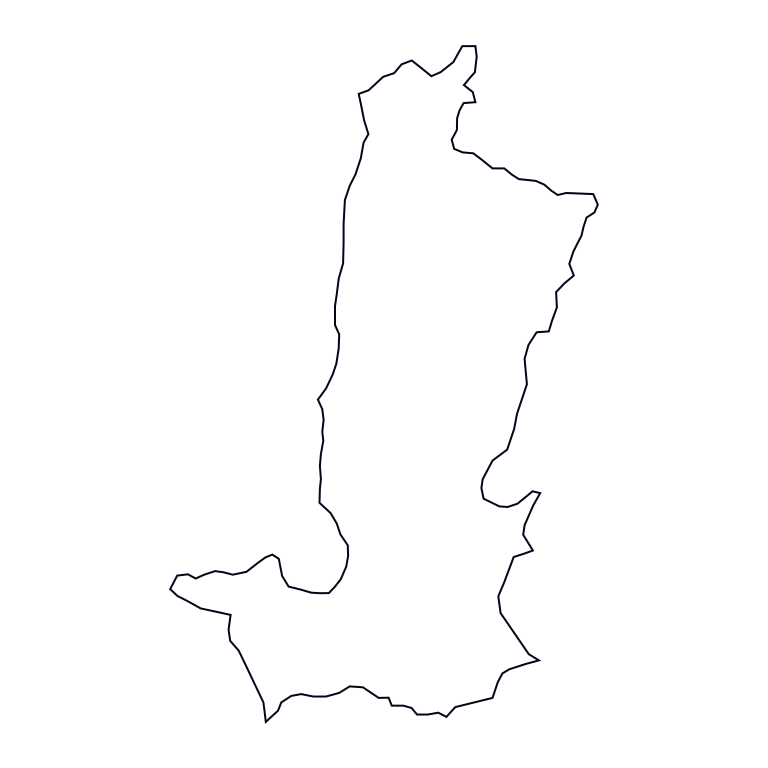 the district of Natuba, Paraíba, Brazil
{"feature_id": "56859067B58433670335003", "entity_name": "Natuba", "entity_type": "district", "adm_level": 2, "iso_a3": "BRA", "parent_name": "Brazil", "parent_adm1": "Paraíba", "projection": "robinson", "projection_center": [-35.567, -7.549], "detail": "fine", "context": "isolated", "style": "outline", "palette": "ink", "viewbox_px": 768, "rotation_deg": 0, "n_neighbors": 0, "source": "geoboundaries", "source_scale": "gbopen_adm2", "svg_char_len": 2174}
<svg xmlns="http://www.w3.org/2000/svg" viewBox="0 0 768 768"><path d="M170.2,589.1L177.5,596.0L186.6,600.6L200.6,608.4L230.6,614.9L228.6,629.7L230.2,640.9L238.7,650.6L245.4,664.5L263.4,702.4L264.5,710.9L265.8,721.9L278.0,710.7L281.3,702.4L291.3,695.9L301.2,694.1L313.1,696.5L326.1,696.5L339.2,692.9L349.7,686.4L362.9,687.3L378.7,697.9L388.6,697.7L391.8,705.7L403.5,705.7L411.6,708.0L417.0,714.5L427.7,714.5L438.3,712.7L446.4,716.9L455.3,707.1L492.5,697.9L497.8,682.2L502.4,673.4L509.5,669.2L525.6,664.0L538.9,660.4L528.8,654.2L500.6,613.1L498.3,596.3L504.3,582.1L513.7,557.0L524.0,553.7L532.9,550.5L523.2,534.8L524.6,525.2L533.2,505.5L540.2,493.1L532.6,491.3L517.5,503.7L507.6,507.0L499.4,506.4L483.6,498.7L481.4,488.0L482.7,479.2L492.5,460.6L507.2,449.6L514.2,428.8L517.0,413.9L526.9,384.3L524.6,358.8L528.5,344.9L536.6,332.3L548.8,331.4L552.1,320.4L556.9,307.4L556.1,292.1L564.4,283.4L573.8,275.5L569.3,263.9L573.3,251.8L577.4,243.5L581.5,235.6L583.5,226.9L586.6,217.5L594.4,212.5L597.8,204.7L593.3,194.1L566.0,193.0L557.7,195.0L551.2,190.6L544.4,184.7L535.8,180.9L527.5,180.0L518.9,179.1L511.8,174.6L504.3,168.4L492.5,168.4L481.6,159.6L473.3,153.3L462.7,152.4L454.2,148.9L451.7,139.7L456.9,130.0L457.1,118.4L459.5,110.5L463.6,103.1L475.4,102.2L472.8,92.1L463.9,85.1L469.3,78.6L474.9,72.2L476.7,56.7L475.4,46.1L462.3,46.1L453.4,62.0L440.7,72.1L431.4,76.2L422.5,69.0L411.8,60.5L401.6,64.3L394.2,73.1L383.2,76.8L368.6,90.3L358.7,93.9L360.8,103.6L364.1,120.3L368.4,134.1L363.6,142.6L360.8,158.3L355.4,174.6L349.8,185.6L344.9,200.0L343.6,224.0L343.6,242.1L343.1,263.4L338.7,278.7L336.8,293.9L335.0,306.1L335.0,325.1L339.2,334.3L338.7,348.7L336.3,363.9L332.7,374.5L326.1,388.4L317.9,399.6L322.3,409.2L323.6,420.0L322.3,431.9L323.3,440.8L320.9,454.1L319.9,465.8L320.9,479.2L319.9,488.9L319.5,502.8L330.6,513.1L336.8,523.6L340.4,534.4L347.8,545.4L348.1,556.1L346.2,566.7L340.8,579.2L334.6,587.1L328.8,593.1L319.9,593.2L311.4,592.7L300.4,589.5L288.6,586.6L282.1,575.9L278.8,558.8L272.3,554.6L265.3,557.5L256.4,564.0L246.5,571.8L232.7,574.7L223.6,572.3L215.1,571.1L204.2,574.7L195.7,578.5L187.9,574.3L177.2,575.6L170.2,589.1Z" fill="none" stroke="#020617" stroke-width="2"/></svg>